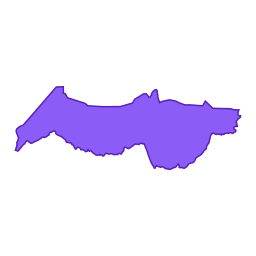 San Francisco Cajonos, Oaxaca, Mexico
{"feature_id": "50627088B63866819787675", "entity_name": "San Francisco Cajonos", "entity_type": "district", "adm_level": 2, "iso_a3": "MEX", "parent_name": "Mexico", "parent_adm1": "Oaxaca", "projection": "robinson", "projection_center": [-96.262, 17.18], "detail": "fine", "context": "isolated", "style": "filled", "palette": "violet", "viewbox_px": 256, "rotation_deg": 0, "n_neighbors": 0, "source": "geoboundaries", "source_scale": "gbopen_adm2", "svg_char_len": 5301}
<svg xmlns="http://www.w3.org/2000/svg" viewBox="0 0 256 256"><path d="M169.5,99.8L161.8,101.5L159.5,102.7L158.8,100.0L158.1,98.3L158.1,98.2L157.0,90.2L156.1,89.6L155.8,89.9L154.8,90.0L154.5,90.1L153.9,90.8L153.7,90.8L153.4,91.2L152.7,91.8L152.4,92.1L152.3,92.3L152.2,92.7L151.9,93.0L151.5,93.9L151.4,94.2L151.5,94.9L151.3,95.1L150.7,96.0L150.3,96.9L150.1,96.9L149.7,97.1L149.0,97.2L148.3,96.3L146.2,93.7L145.5,94.0L143.9,93.7L134.7,99.3L132.4,103.1L120.2,106.6L102.8,106.7L87.9,105.8L85.2,103.4L67.5,97.8L65.4,93.8L63.4,93.1L63.3,86.7L56.3,87.0L27.1,120.7L23.1,125.2L22.4,125.5L21.3,125.9L19.9,126.4L18.8,127.2L18.0,127.9L16.8,128.9L16.1,130.9L16.7,133.4L17.5,135.0L18.5,137.9L17.9,140.4L16.9,142.4L16.9,145.4L16.4,147.0L15.4,150.2L17.9,151.1L18.9,150.1L20.1,148.5L21.2,147.5L22.4,145.6L23.8,144.4L24.8,143.7L25.1,143.0L25.5,142.4L25.9,141.7L26.4,141.2L27.1,140.8L27.5,140.6L28.3,141.4L28.8,141.8L29.7,142.4L30.6,143.2L30.9,143.4L31.0,143.4L32.6,142.8L33.1,142.6L33.4,142.4L33.9,142.1L36.0,141.1L37.9,140.2L39.1,139.5L40.8,138.4L42.2,137.4L43.0,137.0L43.8,137.3L44.2,137.5L45.2,137.1L46.0,137.0L47.2,136.1L47.8,135.5L48.3,135.4L48.8,135.2L49.2,134.3L49.3,133.6L49.6,133.1L49.8,132.8L50.4,132.4L50.7,132.1L51.1,132.1L51.6,132.2L52.1,131.9L52.6,131.6L53.0,131.3L53.5,131.1L54.1,131.0L54.7,131.1L55.2,131.3L55.5,131.7L55.7,132.2L55.6,132.5L55.7,133.1L55.8,133.4L56.2,133.9L56.7,134.4L57.1,134.5L57.7,135.0L58.3,135.3L59.0,135.6L59.4,135.7L59.9,136.0L60.6,136.3L61.0,136.4L61.5,136.6L61.8,136.9L62.2,137.4L62.8,137.7L63.7,138.5L64.3,138.9L65.0,139.3L65.4,139.9L65.8,140.9L66.2,141.8L66.6,142.3L67.1,142.5L67.6,142.3L68.3,142.4L68.9,142.7L69.7,142.9L70.3,142.9L70.8,142.8L71.4,143.2L71.6,143.6L71.6,144.1L71.8,144.4L72.6,144.8L73.5,145.5L74.0,146.5L74.4,147.5L75.1,148.7L75.5,149.1L75.9,149.1L76.7,148.2L77.3,147.7L77.9,147.4L78.4,147.3L78.8,147.4L79.8,147.9L80.1,148.3L80.6,149.2L81.1,149.9L81.4,149.9L82.0,149.6L82.7,149.7L83.8,150.0L84.4,150.5L84.8,150.8L85.1,151.3L85.4,151.6L86.4,151.5L87.4,151.1L87.6,150.6L87.7,150.1L88.0,149.6L88.3,149.6L88.9,150.7L89.4,151.3L89.7,151.2L90.9,150.6L91.2,150.8L91.7,151.5L92.7,152.7L93.3,153.2L94.0,153.4L94.7,154.0L95.3,154.7L96.0,155.0L96.8,155.1L97.8,155.2L99.0,155.0L99.7,154.4L100.2,155.1L100.8,154.7L101.4,154.8L101.8,155.0L102.3,155.7L102.5,155.9L103.7,155.9L104.1,155.6L104.4,154.9L104.7,154.3L105.5,153.6L106.8,153.4L107.2,153.5L107.8,153.9L108.9,154.2L109.7,153.9L110.3,153.7L110.6,153.7L111.5,153.8L112.3,154.0L113.0,154.2L113.8,154.7L116.6,154.4L117.0,154.6L117.6,154.6L118.2,153.6L119.4,153.5L120.1,153.6L120.5,153.8L121.0,154.1L121.5,153.9L122.2,152.4L122.8,151.8L123.8,150.7L123.7,149.5L124.0,148.5L124.3,147.4L125.2,147.2L128.3,148.7L128.8,148.4L129.4,148.2L129.6,148.1L130.1,147.8L130.4,147.7L130.9,147.3L130.9,147.2L131.3,146.8L132.1,146.3L132.7,145.9L133.3,145.6L133.7,145.2L134.1,144.8L134.4,144.6L134.9,144.1L135.0,144.1L136.4,144.2L136.7,144.2L136.9,144.2L137.8,144.2L138.5,144.3L139.0,144.4L139.1,144.5L139.3,144.2L139.5,143.9L140.1,143.4L140.4,143.4L141.2,143.3L141.6,143.2L141.8,143.2L142.0,143.3L142.3,143.7L142.5,143.9L142.8,143.8L143.2,143.6L143.7,143.6L143.9,143.9L144.5,144.7L147.0,150.9L148.7,156.2L151.3,162.9L154.0,167.3L154.2,168.0L154.6,168.1L155.0,168.2L155.3,167.6L155.4,167.1L155.7,166.7L156.2,166.0L156.5,165.8L156.9,165.9L157.0,166.2L157.8,166.4L158.0,166.5L158.6,166.4L158.9,166.6L159.2,166.9L160.0,166.9L160.4,167.2L160.8,167.3L161.1,167.2L162.0,166.7L162.5,166.8L162.8,166.9L163.2,167.0L163.4,167.0L163.8,167.3L164.0,167.6L164.2,167.8L164.5,168.0L164.9,168.0L165.2,168.2L165.5,168.7L165.8,168.6L166.4,168.6L166.8,168.7L167.2,168.9L167.6,169.0L168.2,169.1L170.3,169.3L173.1,168.1L173.5,167.4L175.1,167.5L175.9,166.8L176.4,166.5L176.6,165.8L177.6,164.6L178.4,164.2L178.4,164.9L179.3,165.6L179.1,167.3L179.6,167.7L182.1,167.4L182.6,168.0L184.6,168.2L185.7,167.2L186.6,166.9L188.7,164.0L189.6,163.6L190.0,163.5L190.7,163.1L191.2,163.0L191.7,162.9L192.5,162.8L193.9,162.0L194.8,160.6L195.9,158.0L201.2,154.5L203.0,152.4L204.1,150.5L206.2,148.9L206.8,145.7L208.9,142.9L210.7,135.2L212.2,133.7L213.0,132.9L216.1,134.5L218.0,134.0L221.5,134.9L221.6,134.2L222.2,134.1L223.8,134.5L224.8,133.5L227.4,133.0L228.6,133.4L228.9,133.1L229.2,133.0L229.4,132.9L229.7,132.8L230.0,132.7L230.6,132.7L231.0,132.8L231.6,133.0L231.8,133.1L232.5,133.4L232.8,133.3L233.0,133.2L234.5,132.2L235.0,132.0L235.4,131.8L235.8,131.2L235.9,130.9L235.9,130.6L235.5,130.1L235.2,129.6L234.8,129.4L234.5,129.2L234.3,129.4L234.1,129.4L234.0,128.9L233.9,128.5L233.9,127.7L234.0,127.2L234.5,126.8L234.9,126.7L235.7,126.4L236.2,126.5L237.4,126.2L237.6,126.0L237.5,125.7L237.1,125.3L236.8,125.1L236.9,124.9L236.7,123.9L236.8,123.6L236.7,123.2L236.4,122.5L236.3,122.1L236.3,121.6L236.5,121.2L236.6,120.8L236.8,120.5L237.2,120.2L237.5,119.9L237.7,119.5L237.9,119.2L239.8,117.7L240.2,117.3L240.5,116.9L240.6,116.5L240.6,116.2L240.6,115.8L240.5,115.7L240.3,115.7L239.9,115.8L239.2,115.7L238.9,115.5L238.6,115.3L238.2,115.0L238.0,114.5L237.9,113.9L237.9,113.2L238.2,112.0L238.3,111.4L238.5,111.0L238.9,109.8L234.1,109.8L230.6,108.7L219.7,108.5L217.0,108.4L212.7,108.2L205.3,101.1L203.2,104.9L202.7,105.8L197.9,105.5L190.6,104.9L187.4,104.9L186.9,104.9L185.8,104.9L185.4,105.1L179.6,103.0L175.8,101.1L169.5,99.8Z" fill="#8b5cf6" stroke="#5b21b6" stroke-width="1.5"/></svg>